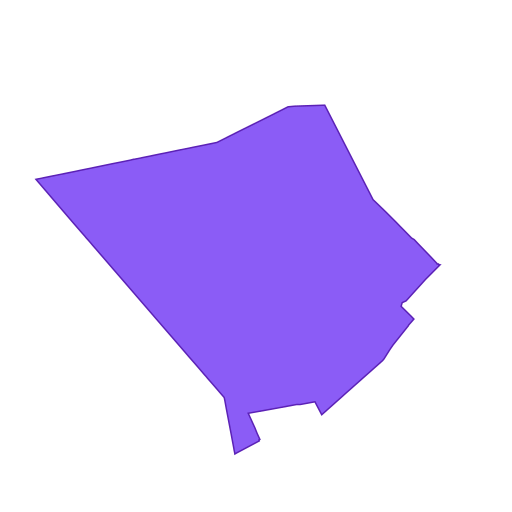 outline of Trancoso, Zacatecas, Mexico, rotated 242°
{"feature_id": "50627088B44241590316005", "entity_name": "Trancoso", "entity_type": "district", "adm_level": 2, "iso_a3": "MEX", "parent_name": "Mexico", "parent_adm1": "Zacatecas", "projection": "albers", "projection_center": [-102.327, 22.755], "detail": "fine", "context": "isolated", "style": "filled", "palette": "violet", "viewbox_px": 512, "rotation_deg": 242, "n_neighbors": 0, "source": "geoboundaries", "source_scale": "gbopen_adm2", "svg_char_len": 1616}
<svg xmlns="http://www.w3.org/2000/svg" viewBox="0 0 512 512"><g transform="rotate(242 256 256)"><path d="M161.8,414.3L162.4,413.4L162.5,413.5L163.2,413.4L163.5,413.1L163.4,412.9L164.0,412.1L164.9,412.2L165.8,411.9L175.3,409.3L191.7,404.6L196.2,403.4L198.8,401.8L212.7,397.7L214.3,397.2L219.9,395.6L231.3,392.1L236.4,390.5L250.8,385.8L256.6,385.9L288.3,386.4L356.9,387.5L370.2,360.3L372.7,354.3L373.2,331.2L373.9,305.0L374.0,301.4L374.1,297.6L374.3,288.7L374.6,274.8L386.2,235.8L388.0,229.6L389.6,224.1L390.8,220.2L398.7,193.4L398.9,193.3L399.6,190.2L402.6,180.1L404.7,173.2L412.0,148.3L414.0,141.6L415.6,136.0L422.2,113.9L427.0,97.7L391.1,105.7L370.1,110.4L368.4,110.8L364.9,111.6L357.5,113.3L356.7,113.5L353.8,114.2L353.2,114.3L352.1,114.5L348.5,115.4L344.1,116.4L342.6,116.7L340.0,117.3L334.4,118.6L332.1,119.1L319.4,122.0L311.4,123.8L287.8,129.2L287.7,129.2L232.3,141.8L214.8,145.8L201.6,148.8L198.4,149.5L191.2,151.2L187.3,152.1L183.8,152.9L175.2,154.8L174.8,154.9L174.5,155.0L174.1,155.1L173.7,155.2L173.4,155.3L172.8,155.4L172.5,155.5L170.8,155.8L160.6,158.2L152.1,160.1L146.0,161.5L143.2,160.7L134.4,157.9L111.5,150.8L96.5,146.1L95.1,145.6L93.7,145.2L92.3,144.8L91.1,144.4L91.2,146.6L91.2,155.5L91.2,160.3L91.2,164.0L91.2,167.8L91.2,172.0L92.2,172.2L92.2,173.3L98.8,173.7L103.5,174.2L104.2,174.3L120.8,175.3L113.9,196.6L105.8,222.2L104.2,225.1L99.6,239.6L85.0,239.5L91.6,266.6L92.0,268.1L104.2,318.6L105.0,320.6L110.5,330.2L113.1,335.2L122.9,357.8L123.4,358.4L126.2,365.8L129.3,364.9L143.4,360.5L146.2,363.2L145.9,367.4L155.9,395.1L161.8,414.3Z" fill="#8b5cf6" stroke="#5b21b6" stroke-width="1.5"/></g></svg>